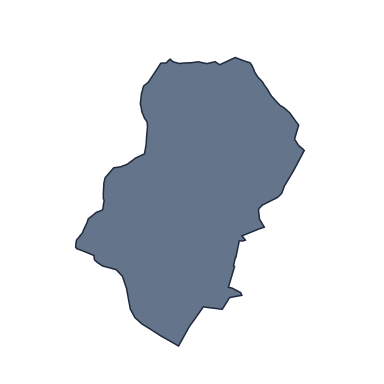 the district of Zalingi, Central Darfur, Sudan, rotated 29°
{"feature_id": "16777658B14482741827107", "entity_name": "Zalingi", "entity_type": "district", "adm_level": 2, "iso_a3": "SDN", "parent_name": "Sudan", "parent_adm1": "Central Darfur", "projection": "albers", "projection_center": [23.544, 13.041], "detail": "fine", "context": "isolated", "style": "filled", "palette": "slate", "viewbox_px": 384, "rotation_deg": 29, "n_neighbors": 0, "source": "geoboundaries", "source_scale": "gbopen_adm2", "svg_char_len": 2825}
<svg xmlns="http://www.w3.org/2000/svg" viewBox="0 0 384 384"><g transform="rotate(29 192 192)"><path d="M114.6,291.3L117.0,296.7L118.8,297.5L122.8,296.8L129.8,295.9L137.0,295.1L139.5,298.6L143.1,299.5L149.5,300.1L163.3,296.7L171.9,299.4L181.3,307.9L194.8,324.3L202.9,329.5L212.2,331.7L222.8,332.2L234.4,333.0L249.3,333.1L249.5,333.1L253.6,333.2L254.9,333.2L254.9,331.9L254.9,322.7L254.9,312.2L254.9,311.2L255.0,310.3L255.0,309.8L255.4,306.7L255.9,302.8L256.6,296.5L257.2,290.8L257.4,288.8L257.5,288.1L257.5,287.6L257.6,287.3L257.6,287.2L257.6,286.9L257.9,286.8L258.7,286.5L260.7,285.8L271.3,281.5L271.7,281.4L273.4,280.7L274.3,280.4L274.8,280.2L275.3,279.9L275.3,279.7L275.5,277.2L275.8,271.5L276.1,266.1L281.9,261.3L285.7,258.2L285.4,257.9L284.9,257.6L284.6,257.4L284.1,257.0L283.9,256.9L283.6,256.7L283.3,256.4L282.3,256.4L279.3,256.5L273.9,256.6L270.0,257.6L265.4,236.6L264.0,236.3L261.7,228.1L262.1,227.9L258.4,216.2L258.0,214.8L257.0,211.9L257.7,211.5L260.3,210.1L262.0,208.2L260.5,207.5L256.9,206.3L258.3,204.6L259.2,203.4L268.3,192.1L272.3,187.7L264.3,183.1L259.2,176.0L258.6,173.9L259.9,169.3L269.5,155.2L271.1,149.6L269.9,141.8L270.5,124.8L270.4,117.0L270.1,102.9L270.1,102.7L270.1,101.3L269.6,101.2L269.3,101.1L269.1,101.0L268.8,100.9L268.6,100.8L268.4,100.8L268.1,100.7L266.5,100.4L262.7,99.6L261.3,98.9L259.4,97.8L258.0,97.1L256.1,96.1L255.5,93.3L255.1,91.8L253.6,84.9L252.9,81.8L250.4,80.7L248.4,79.8L244.8,78.1L239.1,75.4L235.2,74.5L231.3,73.7L229.2,73.6L227.1,73.6L224.0,72.6L220.9,71.6L218.1,70.6L215.2,69.7L213.2,68.6L211.2,67.5L210.0,66.7L208.8,65.9L206.9,65.0L205.3,64.3L203.6,63.5L201.9,62.5L200.2,61.5L197.2,60.6L194.2,59.7L191.5,58.3L188.8,56.8L187.4,55.6L185.9,54.4L184.5,53.3L183.0,52.2L181.5,51.5L180.0,50.8L178.2,51.2L176.5,51.6L174.2,52.0L171.9,52.4L168.2,52.9L164.6,53.4L154.5,67.3L149.0,66.8L146.8,68.9L144.1,71.3L142.8,72.5L138.9,73.7L134.3,75.1L128.8,79.2L122.9,82.8L122.3,83.2L118.5,85.8L115.3,86.6L113.3,87.1L111.8,87.1L110.6,87.1L110.4,87.0L110.3,86.9L110.2,86.9L109.9,86.8L109.6,86.7L109.4,86.6L109.1,86.5L108.6,86.3L108.4,86.5L108.2,87.1L108.0,87.6L107.9,87.7L107.6,88.8L107.3,89.7L107.2,90.0L107.1,90.8L107.0,91.1L107.0,91.4L107.0,91.5L106.9,91.6L106.7,91.7L106.6,91.8L106.3,92.0L104.0,93.4L103.1,93.9L102.6,94.2L102.4,94.4L102.3,94.5L102.2,95.1L102.2,95.3L102.0,98.6L101.8,101.2L100.6,117.1L98.3,122.8L100.1,130.3L100.5,131.4L104.1,140.1L106.1,142.1L109.2,146.1L114.7,150.5L118.7,152.5L121.5,156.6L125.3,165.3L129.0,173.1L131.9,181.7L126.2,189.6L121.7,199.5L118.6,203.0L117.7,204.3L111.8,208.8L110.2,216.4L109.1,221.5L110.5,226.7L115.1,236.2L117.8,240.9L119.2,241.8L120.9,246.7L122.3,249.9L121.9,252.0L118.3,256.0L115.7,262.4L114.3,265.8L115.0,269.3L115.5,277.2L116.0,280.9L115.2,285.1L114.3,290.0L114.5,290.6L114.6,291.3Z" fill="#64748b" stroke="#1e293b" stroke-width="1.5"/></g></svg>